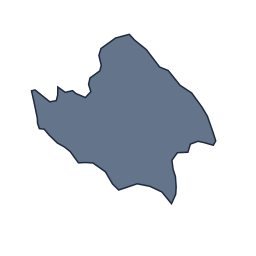 Flen, Södermanland, Sweden, rotated 54°
{"feature_id": "70781695B18684833515036", "entity_name": "Flen", "entity_type": "district", "adm_level": 2, "iso_a3": "SWE", "parent_name": "Sweden", "parent_adm1": "Södermanland", "projection": "robinson", "projection_center": [16.701, 59.078], "detail": "fine", "context": "isolated", "style": "filled", "palette": "slate", "viewbox_px": 256, "rotation_deg": 54, "n_neighbors": 0, "source": "geoboundaries", "source_scale": "gbopen_adm2", "svg_char_len": 875}
<svg xmlns="http://www.w3.org/2000/svg" viewBox="0 0 256 256"><g transform="rotate(54 128 128)"><path d="M52.3,73.7L47.9,85.1L47.8,103.1L52.2,108.9L61.6,112.8L65.2,117.2L65.2,129.4L69.6,134.3L76.8,136.7L78.3,144.6L69.5,149.9L65.2,150.9L62.3,157.8L53.6,160.7L60.1,165.6L63.7,170.0L60.8,175.9L42.6,180.8L41.2,184.2L51.3,188.6L66.6,195.5L71.0,198.4L76.4,200.1L79.7,196.5L87.0,196.0L98.6,194.0L105.9,190.6L113.1,188.6L127.0,188.6L131.3,182.2L135.7,176.9L150.2,172.0L164.0,173.4L172.7,172.0L175.6,162.7L178.5,153.4L188.0,144.6L199.6,138.2L214.8,137.3L209.7,128.4L203.9,123.6L195.2,118.2L187.9,115.8L179.9,111.4L177.0,102.6L182.8,93.8L177.7,87.0L179.9,79.2L184.2,75.3L192.1,69.1L190.0,64.6L181.3,61.7L165.3,56.9L160.6,56.4L154.5,55.9L137.1,55.9L124.0,60.8L105.2,61.7L97.2,66.6L75.4,67.1L60.9,71.0L53.0,71.9L52.3,73.7Z" fill="#64748b" stroke="#1e293b" stroke-width="1.5"/></g></svg>